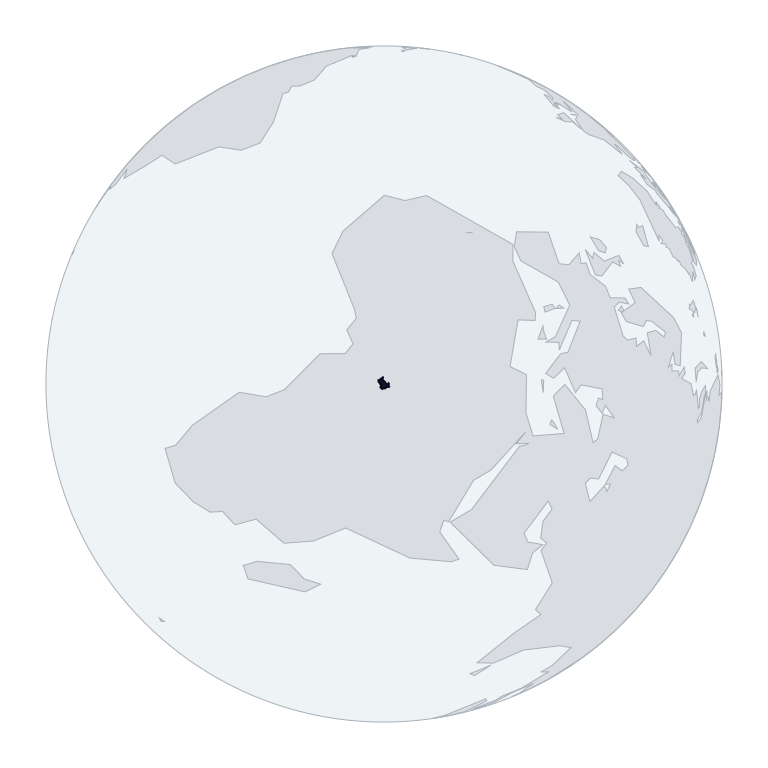 Logone Oriental highlighted on a globe, orthographic projection, rotated 76°
{"feature_id": "TCD-1485", "entity_name": "Logone Oriental", "entity_type": "Prefecture", "adm_level": 1, "iso_a3": "TCD", "parent_name": "Chad", "parent_adm1": "", "projection": "orthographic", "projection_center": [16.421, 8.298], "detail": "fine", "context": "on_globe", "style": "filled", "palette": "ink", "viewbox_px": 768, "rotation_deg": 76, "n_neighbors": 0, "source": "natural_earth", "source_scale": "10m", "svg_char_len": 9652}
<svg xmlns="http://www.w3.org/2000/svg" viewBox="0 0 768 768"><g transform="rotate(76 384 384)"><circle cx="384" cy="384" r="338" fill="#eef3f6" stroke="#a8b0b8"/><path d="M267.8,66.7L271.0,65.5L278.0,63.1L283.6,61.4L284.8,61.1L275.1,64.3L273.0,64.9L270.8,65.8L265.4,67.7L268.8,66.6L256.8,71.2L270.3,66.5L262.2,70.2L253.8,73.4L252.6,73.1L240.5,78.1L267.8,66.7ZM199.5,100.9L193.1,105.4L184.2,111.6L173.6,120.0L179.4,115.9L189.7,108.1L197.9,103.7L209.6,95.8L214.7,93.2L227.5,86.1L227.7,87.4L220.9,93.0L210.2,99.4L206.9,102.4L218.8,97.2L200.6,111.2L191.6,124.9L186.7,129.2L173.9,134.2L169.5,130.9L153.0,141.6L165.8,135.5L153.2,147.8L152.0,150.7L154.0,151.0L159.5,146.9L155.7,151.9L141.6,158.7L144.9,154.3L149.3,151.8L147.1,150.8L137.5,157.4L132.0,164.1L123.4,170.0L119.3,175.3L115.1,180.2L122.3,171.1L109.3,188.1L102.5,197.1L118.6,174.8L136.5,153.9L156.1,134.5L177.1,116.8L199.5,100.9ZM52.1,320.3L52.5,318.6L54.2,313.5L50.5,332.9L54.3,316.6L53.3,327.2L58.9,331.5L57.5,335.6L61.6,362.9L72.1,377.9L74.5,393.4L72.7,401.7L77.6,406.0L77.8,411.8L102.9,427.7L120.2,446.0L122.6,466.2L114.0,486.7L120.0,533.3L108.3,544.1L114.6,562.3L121.6,586.5L113.3,581.1L125.3,596.0L128.6,602.6L125.8,601.1L133.6,610.4L132.0,609.1L139.0,616.5L144.0,621.9L125.6,601.7L108.8,580.2L93.9,557.3L80.8,533.3L69.8,508.3L66.5,499.8L64.3,493.4L57.0,469.4L51.6,444.9L48.0,420.1L46.3,395.1L46.4,370.0L48.3,345.0L52.1,320.3ZM70.1,258.8L67.1,267.6L66.9,267.2L70.1,258.8ZM226.6,86.0L227.0,86.1L224.4,87.3L226.6,86.0ZM231.7,83.1L228.3,84.6L230.3,83.4L232.3,82.6L231.7,83.1ZM235.4,81.7L234.2,81.4L237.7,79.5L248.3,74.9L235.4,81.7ZM274.8,64.2L272.3,65.1L272.9,64.9L274.8,64.2ZM296.8,57.5L297.5,57.5L294.0,58.3L286.2,60.6L286.7,60.4L296.8,57.5ZM292.4,58.9L297.7,57.6L294.1,58.9L286.4,60.6L292.4,58.9ZM284.3,63.9L284.7,63.0L289.9,61.3L284.3,63.9ZM299.9,57.1L301.2,56.7L303.3,56.1L305.9,55.7L299.9,57.1ZM319.7,52.3L320.6,52.1L321.5,51.9L312.2,53.8L313.0,53.6L319.7,52.3ZM315.0,53.7L303.1,56.8L301.3,58.4L296.6,59.7L300.4,57.1L315.0,53.7ZM314.2,53.5L313.6,53.8L308.1,55.0L305.0,55.6L314.2,53.5ZM315.5,53.8L318.4,53.1L316.1,53.8L315.5,53.8ZM327.3,50.9L326.3,51.0L329.0,50.6L327.3,50.9ZM324.9,51.9L321.1,52.8L318.9,53.0L324.9,51.9ZM326.9,51.2L330.8,50.6L320.4,52.5L326.0,51.3L326.9,51.2ZM330.0,50.5L331.2,50.3L330.0,50.5L330.0,50.5ZM335.4,51.1L322.9,53.5L318.1,53.7L330.9,51.3L335.4,51.1ZM180.1,653.4L179.1,652.2L181.8,654.1L183.2,655.5L180.1,653.4ZM483.7,61.1L478.8,59.7L478.5,59.5L483.7,61.1ZM699.1,262.0L697.7,258.6L702.0,271.4L710.5,297.0L715.8,320.1L718.0,335.1L716.8,327.5L710.7,311.7L714.9,336.3L719.7,354.7L721.6,378.3L720.2,372.2L717.7,351.7L715.5,345.4L712.3,324.0L703.1,294.1L701.4,301.5L697.9,289.2L685.0,266.3L680.5,276.6L675.9,313.0L681.3,345.3L677.0,361.0L656.8,317.3L645.6,287.5L639.6,291.6L617.6,268.8L583.6,271.9L577.6,264.7L571.4,269.2L555.8,263.0L546.1,251.2L537.2,252.9L562.7,284.2L572.1,282.6L578.3,268.8L583.8,280.6L598.7,289.8L586.5,321.2L534.0,353.2L527.0,329.4L477.2,267.6L477.6,260.4L477.3,259.6L476.6,258.2L474.0,270.0L464.8,258.2L493.4,301.1L499.1,320.4L533.3,354.7L530.6,358.8L541.0,365.7L572.1,353.6L572.7,361.7L559.2,400.9L514.4,456.1L519.3,490.2L514.3,519.6L484.2,540.7L484.6,562.7L468.7,571.4L466.2,583.8L452.2,597.5L429.6,610.6L393.5,612.0L393.0,601.0L377.6,579.7L357.0,526.5L367.9,501.4L365.4,481.9L339.2,438.8L345.1,414.4L337.6,404.3L322.5,407.0L313.6,394.9L304.3,394.6L244.8,402.9L225.8,386.8L201.0,338.1L211.1,319.1L211.4,297.1L279.7,225.2L295.9,229.2L351.7,219.6L358.9,222.1L354.2,238.4L397.6,257.5L409.3,243.5L446.7,253.3L470.4,251.9L475.6,221.2L436.7,222.7L428.2,208.6L457.8,194.8L491.4,195.3L489.2,190.0L466.4,178.8L472.5,168.9L458.3,174.3L465.2,179.4L456.5,183.5L449.6,179.2L452.1,175.5L441.5,173.6L432.6,193.0L438.7,200.3L411.9,204.9L419.5,218.0L412.8,224.6L397.4,205.1L397.7,197.8L370.5,178.5L367.8,186.3L393.3,205.6L386.0,204.2L382.5,216.6L379.5,206.2L352.3,184.7L327.1,190.3L297.7,221.4L282.4,224.4L268.4,218.6L276.4,187.9L309.7,185.0L313.0,175.7L304.0,162.9L314.9,163.6L315.3,158.6L327.6,157.6L342.8,145.3L355.0,143.8L358.8,129.4L365.6,127.2L361.4,136.0L365.0,142.0L395.1,140.4L400.3,137.2L400.4,128.4L408.6,129.8L404.9,121.6L421.1,118.1L398.1,116.1L397.6,107.5L406.2,100.9L401.9,98.2L387.9,109.1L386.0,114.0L391.0,118.5L382.2,133.6L372.3,136.6L365.9,120.6L351.1,123.6L352.5,111.3L389.6,87.0L406.2,82.9L438.0,92.2L435.4,96.9L422.7,95.6L436.4,104.0L434.3,99.8L441.2,101.4L442.4,95.0L447.4,95.9L440.1,88.6L446.3,89.1L450.8,93.7L457.9,86.1L470.1,86.4L469.3,84.4L465.1,82.1L483.5,84.9L482.1,83.4L475.5,81.8L468.5,77.9L463.3,72.6L469.9,73.8L472.7,75.9L488.6,82.8L495.0,89.0L497.2,89.1L493.2,84.1L473.8,75.5L468.8,72.1L478.5,75.4L474.6,73.9L474.2,72.7L480.0,72.9L469.6,69.1L456.0,57.7L465.9,58.2L476.0,61.6L473.5,58.4L484.7,61.4L508.6,69.9L531.7,80.1L554.0,92.0L575.4,105.5L595.7,120.6L614.8,137.2L632.6,155.2L649.1,174.4L664.0,194.8L677.4,216.3L689.1,238.7L699.1,262.0ZM258.5,261.4L257.1,267.9L258.5,261.4ZM529.0,212.6L547.9,212.7L536.0,194.8L542.2,193.7L535.9,188.5L535.0,193.6L519.0,179.5L525.9,174.0L521.9,166.8L515.3,166.6L505.2,179.2L528.1,198.8L525.2,206.5L529.0,212.6ZM59.2,331.5L59.4,335.8L58.1,335.1L59.2,331.5ZM62.9,278.7L62.7,279.2L62.9,278.7ZM65.6,283.0L66.2,285.8L64.5,286.1L65.6,283.0ZM66.3,270.4L65.1,281.5L62.1,284.7L63.3,278.1L63.9,278.0L66.3,270.4ZM82.4,231.7L82.3,231.8L83.8,228.8L82.4,231.7ZM154.1,147.4L155.1,147.0L155.9,148.4L153.2,149.9L154.1,147.4ZM173.4,144.4L166.8,152.6L169.6,147.3L164.6,150.3L164.3,143.9L184.2,131.0L175.2,137.6L173.4,144.4ZM169.5,133.1L167.4,137.8L168.9,133.3L169.5,133.1ZM305.4,135.1L310.3,137.8L306.6,143.4L291.1,148.2L296.3,139.7L305.4,135.1ZM318.1,140.6L316.0,125.0L325.5,122.4L320.5,126.3L327.0,126.1L320.8,132.6L331.9,146.4L329.4,152.5L302.2,156.2L312.5,151.2L307.1,148.4L318.1,140.6ZM293.7,99.0L292.9,94.7L314.6,94.2L312.9,98.4L297.3,102.6L290.3,100.2L293.7,99.0ZM254.4,74.7L252.7,74.8L255.4,73.7L259.1,72.6L254.4,74.7ZM284.1,63.6L264.7,73.4L261.8,73.9L254.0,80.4L243.2,84.4L248.6,79.8L234.5,88.4L235.0,85.9L226.3,91.9L239.5,81.3L239.5,80.2L243.6,79.7L253.5,75.9L257.8,73.9L269.9,67.9L274.6,64.7L285.2,61.3L291.4,59.8L291.9,60.0L284.9,61.9L290.5,60.9L280.7,64.0L284.1,63.6ZM358.1,57.2L349.7,57.1L359.5,60.0L349.7,61.2L351.5,61.5L345.1,63.7L340.5,67.2L335.8,67.6L336.0,68.9L331.8,70.7L330.5,72.8L321.6,74.4L319.3,77.3L316.4,76.5L314.8,81.2L312.0,78.6L306.4,81.4L312.1,82.4L267.3,91.1L250.7,98.4L238.4,106.4L235.2,102.1L244.8,92.5L260.6,82.1L277.0,76.4L272.6,76.1L279.2,73.5L279.9,74.8L282.7,71.3L288.3,69.7L302.4,63.4L302.9,60.5L308.1,58.6L310.7,59.0L314.0,56.9L322.4,56.6L326.3,55.4L338.4,54.4L341.2,56.6L345.3,55.2L354.7,55.0L358.1,57.2ZM338.7,50.8L344.2,52.0L341.5,53.7L321.5,54.9L316.8,56.0L303.9,57.9L308.0,55.8L311.3,55.3L315.5,54.5L312.5,55.4L318.0,54.0L322.8,53.6L328.3,52.5L328.6,53.1L338.7,50.8ZM366.2,215.8L371.6,216.3L379.8,215.4L377.7,223.7L366.2,215.8ZM347.3,201.3L352.1,200.1L353.2,210.3L347.6,210.2L347.3,201.3ZM353.8,191.3L352.3,199.3L349.7,194.9L353.8,191.3ZM365.7,134.8L370.7,133.5L371.6,135.6L369.3,138.8L365.7,134.8ZM384.9,69.6L380.6,68.3L381.8,67.6L377.7,63.8L384.6,63.1L389.8,65.1L384.9,69.6ZM469.5,226.7L463.3,232.8L459.4,230.1L462.4,228.5L469.5,226.7ZM418.8,228.1L430.8,231.6L418.1,230.4L418.8,228.1ZM391.8,68.2L389.3,66.5L394.3,67.3L391.8,68.2ZM389.4,62.5L395.1,62.9L384.9,62.6L389.4,62.5ZM561.2,654.5L560.5,657.7L556.7,658.6L561.2,654.5ZM566.6,510.8L540.3,563.0L526.0,564.4L525.4,549.9L536.5,518.7L553.8,508.6L562.9,493.9L566.6,510.8ZM719.4,424.8L719.5,424.2L719.4,424.8ZM720.2,417.9L720.2,404.6L714.1,361.4L716.4,361.0L721.6,385.6L721.4,390.7L721.5,401.6L720.2,417.9ZM682.6,348.2L688.8,366.6L685.9,370.5L682.6,348.2ZM703.9,275.3L704.2,276.1L702.6,271.3L701.9,269.3L703.9,275.3ZM447.2,66.4L445.2,71.9L448.4,76.8L457.4,80.5L443.9,78.3L439.0,70.6L447.2,66.4ZM454.2,58.3L446.3,56.1L450.1,56.3L452.5,56.8L454.2,58.3ZM449.1,57.5L438.7,56.5L434.5,54.9L443.6,55.9L449.1,57.5ZM415.4,60.5L414.3,61.9L410.3,61.1L415.4,60.5ZM454.4,53.5L458.0,54.3L454.3,53.5L451.9,53.0L454.4,53.5Z" fill="#d9dde1" stroke="#a8b0b8" stroke-width="1"/><path d="M388.7,386.9L388.6,387.0L388.4,387.2L388.2,387.5L387.9,387.7L387.7,387.5L387.4,387.7L387.3,387.8L387.2,387.8L386.9,387.9L386.7,387.9L386.6,388.0L386.5,388.3L386.4,388.3L386.2,388.4L386.1,388.5L386.0,388.4L385.9,388.2L385.7,388.0L385.6,387.8L385.4,387.8L385.2,387.7L385.1,387.4L385.1,387.2L384.9,387.1L384.7,387.0L384.7,386.9L384.8,386.7L384.7,386.5L384.4,386.6L384.3,386.8L384.2,386.9L384.2,387.0L383.9,387.0L383.8,387.6L383.7,387.7L383.2,387.8L382.9,388.0L382.7,388.0L382.3,388.1L381.9,388.2L381.7,388.3L381.5,388.5L381.4,388.6L381.2,388.7L381.1,388.8L380.3,389.0L380.1,389.0L379.9,388.9L379.6,388.6L379.3,388.6L378.9,388.6L378.7,388.6L378.7,388.3L378.9,387.9L379.0,387.6L379.0,387.0L378.9,386.9L378.7,386.9L378.3,386.7L378.1,386.2L377.7,384.9L376.9,383.3L377.0,383.2L377.3,383.1L377.5,383.2L377.7,383.3L378.2,383.6L378.4,383.7L378.5,383.7L378.6,383.8L378.8,383.9L378.7,384.0L378.8,384.1L379.0,384.1L379.3,384.2L379.6,384.1L379.8,383.9L380.0,383.9L380.3,383.9L380.5,383.9L380.7,383.6L380.8,383.3L380.9,383.2L381.4,382.9L381.6,382.7L382.1,382.4L382.4,382.2L383.2,382.0L383.7,381.9L383.8,381.9L383.8,381.7L384.1,381.5L384.4,381.4L384.5,381.3L385.0,380.6L385.0,380.4L384.9,380.3L384.9,380.2L384.7,380.1L384.5,379.9L384.4,379.7L384.2,379.5L384.2,379.3L384.1,379.2L384.6,379.0L384.9,379.1L385.1,379.1L385.4,379.2L385.4,379.3L385.7,379.3L385.9,379.4L386.9,379.6L387.1,379.7L387.4,379.6L388.0,379.4L388.1,379.8L388.1,381.1L388.0,381.3L387.7,381.9L387.6,382.0L388.8,384.0L388.7,384.2L388.7,384.3L388.6,384.5L388.4,384.7L388.4,384.8L388.2,384.8L387.9,384.9L387.9,385.0L388.7,386.9L388.7,386.9Z" fill="#0f172a" stroke="#020617" stroke-width="1.5"/></g></svg>